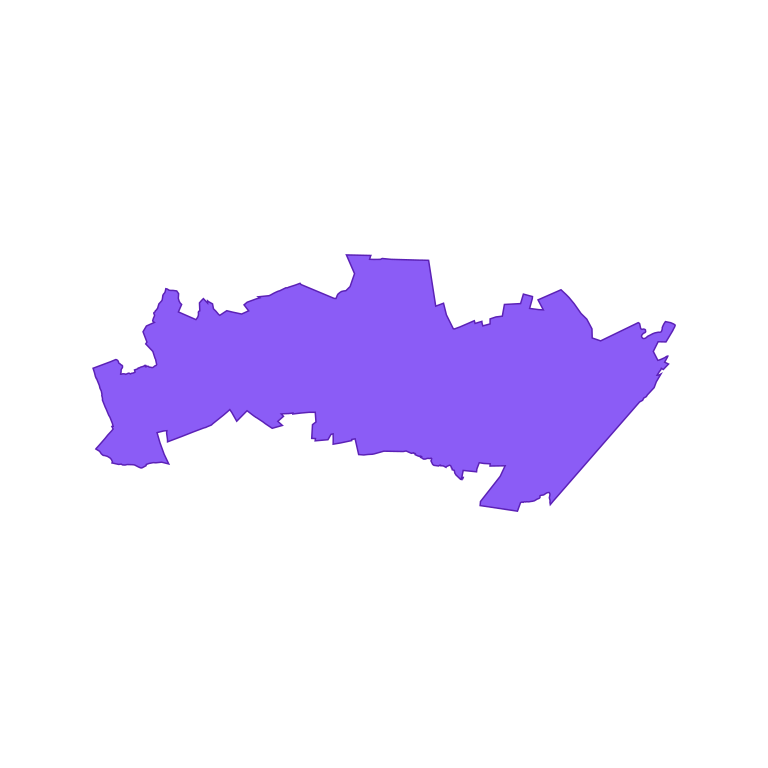 Villa Comaltitlán, Chiapas, Mexico (Equal Earth projection), rotated 244°
{"feature_id": "50627088B6543048996231", "entity_name": "Villa Comaltitlán", "entity_type": "district", "adm_level": 2, "iso_a3": "MEX", "parent_name": "Mexico", "parent_adm1": "Chiapas", "projection": "equal_earth", "projection_center": [-92.6, 15.171], "detail": "fine", "context": "isolated", "style": "filled", "palette": "violet", "viewbox_px": 768, "rotation_deg": 244, "n_neighbors": 0, "source": "geoboundaries", "source_scale": "gbopen_adm2", "svg_char_len": 6107}
<svg xmlns="http://www.w3.org/2000/svg" viewBox="0 0 768 768"><g transform="rotate(244 384 384)"><path d="M266.6,629.7L271.6,637.3L271.5,634.8L272.2,633.3L274.4,636.9L275.5,639.1L276.5,640.1L274.6,641.4L277.2,648.5L280.6,645.8L283.6,650.1L284.6,651.3L284.9,650.8L284.8,648.8L284.6,648.3L284.7,644.2L284.9,641.8L285.2,640.5L295.2,640.3L301.8,648.9L298.2,655.9L305.5,667.1L306.2,667.9L308.0,670.4L309.1,671.4L309.4,671.5L310.9,670.7L313.4,668.6L316.7,664.3L315.3,661.9L313.8,660.0L312.7,658.8L311.5,658.2L310.4,657.2L309.6,656.3L309.5,656.0L309.4,655.4L309.5,654.7L310.3,653.3L311.2,649.8L311.4,647.4L311.3,645.4L311.3,642.0L310.6,639.3L310.6,638.5L311.2,637.0L311.8,636.5L313.6,636.2L314.2,636.5L314.8,637.0L315.5,638.4L315.8,639.4L315.8,641.0L316.0,641.7L316.3,642.1L318.1,642.7L318.7,642.4L319.5,641.6L320.1,639.7L321.0,639.1L321.7,639.1L326.1,640.2L326.6,640.1L327.7,639.4L327.8,597.6L334.1,591.3L342.4,595.1L353.4,594.7L361.0,592.0L372.8,590.1L380.7,588.2L384.6,586.9L391.1,584.4L392.1,559.3L380.8,559.7L383.0,555.7L388.1,548.0L395.7,554.7L397.5,555.8L403.7,548.7L396.4,542.0L402.7,527.1L393.1,520.1L395.2,514.0L396.0,507.9L391.5,505.7L392.9,498.3L396.3,498.9L396.3,499.0L397.4,499.4L398.5,492.4L401.3,492.9L402.0,477.4L402.6,471.5L403.3,470.5L418.8,470.4L430.5,472.9L431.3,464.6L475.6,478.3L479.3,471.2L479.4,470.9L492.9,445.1L497.6,437.4L497.6,435.4L500.4,429.5L502.4,425.7L504.7,427.8L505.3,428.5L516.5,406.8L496.1,405.9L486.4,396.2L485.5,393.4L485.2,392.7L485.1,392.2L484.6,391.0L484.7,390.2L485.5,387.9L485.5,387.3L485.8,386.4L485.6,384.6L485.0,382.1L484.0,380.6L483.5,380.2L481.9,378.3L482.8,376.7L509.8,353.0L511.3,352.7L511.8,347.6L512.8,340.7L512.8,339.4L513.5,337.9L513.5,331.1L513.8,329.7L513.9,327.4L513.9,324.6L513.7,320.9L513.8,319.3L517.5,309.2L515.9,310.1L516.5,306.7L517.5,296.9L516.5,292.9L509.1,294.4L509.3,286.7L515.0,279.4L518.8,274.8L517.7,266.5L519.2,265.8L523.2,264.8L526.3,263.7L531.2,265.0L534.8,262.5L536.1,261.9L534.0,260.9L539.9,259.1L539.1,256.7L537.8,253.7L530.5,250.5L530.5,249.3L529.9,248.6L528.4,248.0L527.2,247.3L526.1,246.3L525.0,244.6L524.3,243.2L538.9,230.8L544.2,237.0L546.1,236.3L548.2,236.2L550.2,236.5L551.2,236.7L555.2,239.0L558.5,238.5L560.6,235.4L561.6,233.3L562.6,231.9L564.3,230.9L565.3,229.7L562.9,227.8L562.1,226.8L561.3,225.0L560.5,224.0L558.2,222.5L556.9,221.5L556.4,221.0L555.3,218.4L554.7,216.8L551.2,213.6L550.7,212.4L550.3,211.9L550.1,210.7L549.3,210.0L549.0,208.5L548.4,208.1L548.1,208.0L546.5,208.0L545.6,207.3L544.4,205.8L542.4,203.9L541.5,203.8L540.0,204.6L540.3,195.9L536.6,190.3L525.6,189.3L524.5,187.4L514.6,190.5L507.7,189.5L506.3,189.5L504.7,189.1L501.1,188.2L500.7,187.5L500.6,187.2L500.7,186.1L500.2,183.9L500.2,183.3L500.5,182.6L501.3,181.7L502.0,180.4L503.0,180.1L503.8,178.9L503.8,177.6L504.1,177.2L504.7,177.6L504.7,178.0L505.0,178.1L505.4,177.6L505.6,177.0L505.3,175.7L505.9,172.3L505.7,171.4L505.8,170.8L506.1,170.3L506.1,170.0L505.6,169.3L506.0,165.9L503.9,165.5L503.7,165.2L503.8,163.4L504.3,161.6L504.2,160.7L504.3,160.4L505.3,159.8L505.6,159.4L505.8,158.6L505.9,156.1L506.4,155.8L507.3,154.5L507.9,153.1L507.9,152.4L508.3,151.6L509.3,152.2L510.0,153.0L510.8,153.3L512.3,154.2L513.4,156.1L514.8,156.9L515.7,156.7L517.0,155.8L518.1,155.5L518.9,154.9L519.3,154.8L520.7,155.1L521.8,155.0L522.9,154.4L523.3,154.0L523.6,153.5L523.6,153.1L523.9,148.1L525.7,129.4L521.4,128.8L517.2,127.9L515.0,127.8L514.9,128.0L507.4,127.5L505.0,126.9L502.8,126.8L502.0,126.9L498.4,126.0L497.7,125.5L497.0,125.2L496.1,125.1L494.0,124.5L493.1,123.9L485.5,123.3L483.4,123.3L476.7,122.9L474.2,123.1L467.7,122.6L464.7,122.0L465.1,120.8L462.3,120.8L461.3,118.7L459.2,113.3L457.3,109.3L453.7,100.8L452.2,97.0L451.9,96.5L448.2,98.9L445.2,99.3L443.3,100.1L442.8,100.5L442.2,101.5L440.2,103.7L437.5,105.4L435.6,105.9L433.1,105.8L432.3,104.9L428.0,110.3L427.2,112.7L425.9,113.5L424.7,115.7L424.2,117.9L421.5,123.0L420.6,124.3L417.0,127.0L415.6,128.2L415.0,128.9L414.7,130.0L414.9,134.3L415.9,135.1L415.6,137.9L414.5,142.1L413.2,144.4L411.2,149.9L406.5,155.5L417.2,155.6L429.5,156.9L439.8,158.7L438.3,165.7L437.2,168.4L435.2,167.1L429.1,165.1L426.9,164.1L425.5,179.4L424.5,192.1L423.5,202.8L423.1,204.8L423.1,206.3L422.8,210.9L423.4,212.8L426.4,226.1L427.5,230.4L428.6,234.2L425.1,234.7L415.1,235.3L420.0,249.2L412.2,253.1L411.3,253.7L410.7,253.9L409.3,254.9L403.0,258.6L400.4,259.9L393.2,264.1L391.3,274.5L397.0,272.2L399.0,279.5L402.1,278.5L401.2,280.9L399.3,285.2L397.8,289.4L397.0,288.9L394.4,296.4L391.3,304.5L388.7,309.8L379.7,306.2L378.8,301.9L366.8,295.2L365.0,298.5L363.1,297.2L358.5,309.2L362.0,314.3L361.5,316.4L356.9,314.3L352.2,311.9L350.1,319.0L347.3,330.2L348.3,330.6L347.4,334.0L331.7,330.3L329.1,334.7L327.7,338.7L326.0,342.7L325.5,344.5L323.7,354.4L314.9,371.6L314.1,374.5L309.7,378.2L309.4,379.3L309.3,380.3L308.6,380.5L308.3,381.1L308.0,381.4L307.6,381.6L307.4,381.6L306.9,381.0L306.6,381.2L304.2,383.2L303.2,384.6L303.3,385.0L302.4,385.9L301.9,384.8L301.1,385.5L299.3,386.5L298.6,387.8L298.4,388.4L298.2,390.2L297.6,391.5L297.1,392.1L296.8,393.3L296.5,394.0L295.9,394.1L295.7,393.9L295.2,393.4L294.5,393.0L294.3,392.5L290.4,392.5L289.0,393.2L286.4,397.1L286.5,397.9L286.5,399.0L286.1,399.3L285.7,399.1L284.4,401.4L281.9,403.2L282.4,403.8L282.3,407.2L281.5,408.0L280.6,408.1L279.5,408.1L279.2,407.8L278.2,408.2L277.4,407.9L277.1,407.7L275.5,409.3L272.9,408.6L270.7,408.8L264.8,411.0L263.5,412.7L264.8,411.6L265.3,412.1L264.4,413.3L265.3,414.3L266.1,413.1L271.6,417.3L264.5,428.7L266.9,430.2L271.5,435.1L268.8,438.9L265.7,444.5L263.8,443.3L257.4,457.0L250.1,448.0L236.1,419.2L232.6,417.1L211.2,448.2L217.5,454.7L217.5,455.8L217.3,456.4L216.6,457.2L216.7,458.1L216.5,458.7L215.8,459.8L215.8,460.4L215.6,460.8L214.9,461.9L214.5,462.9L213.9,465.0L213.6,465.7L213.1,468.0L213.4,471.5L213.2,472.9L213.3,473.7L213.6,474.4L215.1,475.1L215.2,476.1L214.3,478.9L214.8,482.5L214.6,483.4L214.4,484.1L214.0,484.9L213.2,485.0L212.3,484.9L211.6,484.5L209.2,482.7L206.5,482.2L204.7,481.2L202.7,480.6L204.6,484.8L255.8,605.8L256.0,609.3L257.5,611.3L257.7,614.3L258.7,615.8L262.3,625.2L266.6,629.7Z" fill="#8b5cf6" stroke="#5b21b6" stroke-width="1.5"/></g></svg>